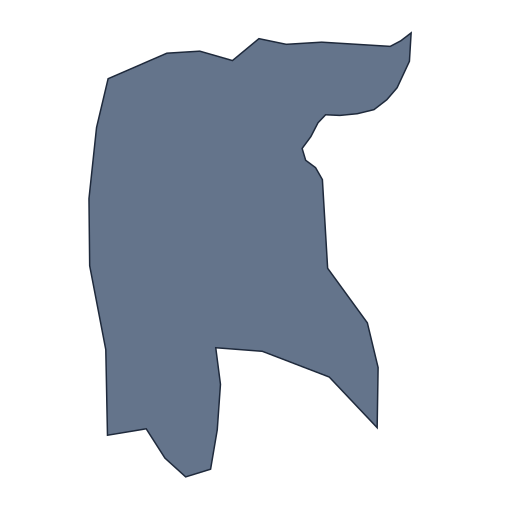 the County of Luweero, rotated 177°
{"feature_id": "UGA-3092", "entity_name": "Luweero", "entity_type": "County", "adm_level": 1, "iso_a3": "UGA", "parent_name": "Uganda", "parent_adm1": "", "projection": "albers", "projection_center": [32.54, 0.844], "detail": "fine", "context": "isolated", "style": "filled", "palette": "slate", "viewbox_px": 512, "rotation_deg": 177, "n_neighbors": 0, "source": "natural_earth", "source_scale": "10m", "svg_char_len": 665}
<svg xmlns="http://www.w3.org/2000/svg" viewBox="0 0 512 512"><g transform="rotate(177 256 256)"><path d="M337.8,39.1L357.5,58.9L374.7,89.2L413.7,84.8L410.9,170.3L422.6,255.0L419.8,322.0L408.5,392.7L394.4,440.8L334.4,463.2L301.4,463.5L269.3,452.4L241.7,472.9L214.7,465.8L179.2,466.1L111.0,458.3L100.2,463.3L89.4,470.7L92.6,442.4L106.3,416.6L117.2,405.2L130.5,396.0L147.3,392.8L164.9,392.0L179.1,393.4L187.1,385.8L195.0,372.3L204.3,361.0L201.4,349.0L191.9,341.1L185.7,328.8L185.1,240.0L148.3,183.4L139.9,138.2L144.0,78.2L189.2,131.3L254.7,160.5L301.0,166.5L298.2,129.7L303.8,84.4L312.5,45.5L337.8,39.1Z" fill="#64748b" stroke="#1e293b" stroke-width="1.5"/></g></svg>